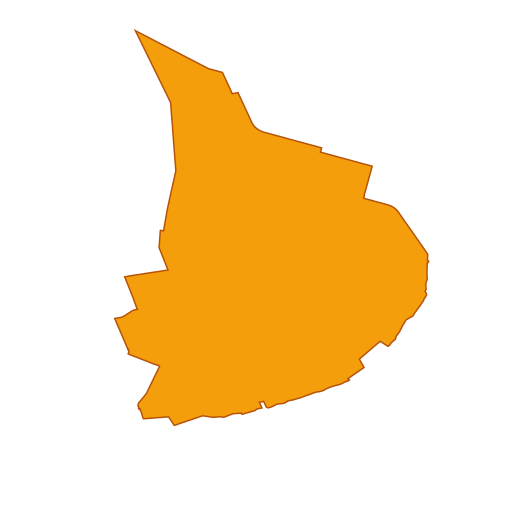 Dronten, Flevoland, Netherlands (Equal Earth projection), rotated 15°
{"feature_id": "6326949B76568763288837", "entity_name": "Dronten", "entity_type": "district", "adm_level": 2, "iso_a3": "NLD", "parent_name": "Netherlands", "parent_adm1": "Flevoland", "projection": "equal_earth", "projection_center": [5.68, 52.514], "detail": "fine", "context": "isolated", "style": "filled", "palette": "amber", "viewbox_px": 512, "rotation_deg": 15, "n_neighbors": 0, "source": "geoboundaries", "source_scale": "gbopen_adm2", "svg_char_len": 5122}
<svg xmlns="http://www.w3.org/2000/svg" viewBox="0 0 512 512"><g transform="rotate(15 256 256)"><path d="M189.3,442.4L192.7,441.2L205.2,436.8L213.2,434.0L217.6,437.9L220.9,440.8L223.6,439.0L227.4,436.4L232.7,432.9L236.6,430.3L245.7,424.2L252.7,423.3L256.6,422.9L262.4,420.7L266.7,420.1L268.2,419.0L274.6,414.3L282.5,411.6L283.4,412.6L286.7,410.6L290.0,408.6L295.0,405.6L296.5,403.5L301.1,401.2L297.1,396.4L301.0,394.5L305.0,399.2L307.0,399.6L310.1,397.7L312.2,395.9L314.1,393.9L320.5,391.4L323.4,389.1L323.5,388.5L325.5,387.1L329.3,385.3L331.1,384.1L336.0,381.2L340.1,378.2L343.9,375.7L346.6,373.7L350.2,371.4L351.0,371.3L354.4,369.5L356.3,368.1L358.4,366.0L359.7,364.9L362.3,363.0L367.2,360.0L368.7,359.3L371.3,357.6L373.4,355.7L373.9,355.1L376.9,353.1L378.4,351.6L376.5,350.7L386.0,339.5L389.2,335.7L382.5,328.8L384.2,326.4L386.8,322.6L391.4,315.8L396.0,309.2L398.1,306.2L406.9,309.1L408.1,307.6L409.2,304.7L412.2,300.2L412.1,297.5L414.3,291.8L415.8,284.7L417.5,278.8L423.1,273.3L423.6,271.6L423.7,270.9L425.1,267.3L426.6,263.4L429.2,256.2L429.6,253.7L430.8,249.8L430.5,248.4L428.4,246.2L429.0,244.0L428.2,242.2L427.0,237.8L427.5,234.4L425.6,228.6L425.3,227.4L423.4,219.3L423.2,218.3L424.2,217.5L424.0,216.2L423.9,216.2L423.7,216.1L423.4,215.9L422.7,216.0L421.4,209.8L412.8,202.5L394.9,187.5L382.1,176.7L381.6,176.3L381.1,175.9L380.6,175.6L380.1,175.2L379.9,175.1L379.6,175.0L379.5,174.9L379.4,174.8L379.2,174.8L379.1,174.7L378.9,174.6L378.6,174.5L378.5,174.4L378.4,174.3L378.2,174.3L378.1,174.2L377.9,174.1L377.7,174.0L377.4,173.9L377.2,173.9L376.8,173.7L376.6,173.6L376.4,173.6L376.2,173.5L376.0,173.4L375.8,173.4L375.7,173.3L375.4,173.2L375.2,173.2L374.8,173.1L374.6,173.1L374.3,173.0L374.0,172.9L373.8,172.9L373.5,172.8L373.2,172.8L372.8,172.7L372.7,172.7L372.4,172.7L372.2,172.7L371.9,172.6L371.7,172.6L371.4,172.6L371.2,172.6L370.9,172.6L370.7,172.5L370.4,172.5L370.2,172.5L345.0,172.4L345.0,169.8L344.8,169.8L345.0,139.2L334.1,139.2L320.2,139.1L314.6,139.1L308.9,139.1L291.4,139.0L291.4,134.6L270.1,134.5L269.2,134.5L263.3,134.5L257.5,134.5L253.6,134.4L251.6,134.4L246.5,134.4L232.6,134.4L231.9,134.4L231.6,134.4L231.3,134.4L231.0,134.4L230.6,134.3L230.2,134.3L229.9,134.3L229.7,134.3L229.2,134.2L228.6,134.1L228.3,134.1L228.0,134.0L227.6,133.9L227.3,133.8L227.0,133.8L226.7,133.7L226.4,133.6L226.2,133.6L225.8,133.5L225.4,133.3L224.8,133.1L224.5,133.0L224.2,132.9L223.9,132.8L223.5,132.6L223.2,132.5L222.9,132.3L222.4,132.1L222.0,131.9L221.8,131.7L221.5,131.6L221.4,131.5L221.1,131.3L220.8,131.2L220.5,131.0L220.3,130.8L220.0,130.6L219.8,130.4L219.5,130.2L219.3,130.0L219.1,129.8L218.9,129.6L218.6,129.4L218.4,129.2L218.2,129.0L218.0,128.8L217.8,128.6L217.6,128.4L217.4,128.1L217.2,127.9L216.9,127.6L210.7,120.0L207.5,116.3L204.4,112.5L201.2,108.7L198.1,105.0L196.3,102.8L191.1,105.4L176.1,87.4L161.3,87.3L81.2,69.6L133.8,129.9L138.0,141.9L141.9,152.8L142.6,155.0L144.9,161.4L146.3,165.5L146.4,165.8L147.5,168.8L151.7,180.9L155.1,190.4L156.4,194.1L156.6,195.4L157.3,212.6L158.2,232.7L159.2,244.5L160.2,255.7L157.0,255.9L157.0,256.1L160.2,273.0L167.4,282.6L174.6,292.3L174.4,292.4L172.1,293.4L168.3,295.1L164.5,296.8L160.7,298.4L149.3,303.5L145.5,305.1L141.7,306.8L137.9,308.5L138.0,308.5L134.5,310.1L137.0,313.3L139.4,316.6L141.7,319.6L141.9,320.0L144.0,322.7L147.3,327.2L147.6,327.6L148.0,328.1L148.5,328.8L149.0,329.5L150.3,331.5L151.5,333.1L152.6,334.7L154.3,337.1L154.4,337.3L154.6,337.5L154.9,337.8L155.0,337.9L155.3,338.2L154.8,338.4L154.1,338.7L153.3,339.1L152.8,339.4L152.4,339.6L152.0,339.9L151.6,340.1L151.4,340.3L151.2,340.5L150.9,340.7L150.6,341.0L150.2,341.4L149.9,341.7L149.5,342.2L149.2,342.6L147.7,344.2L145.2,347.0L144.9,347.4L144.6,347.6L144.4,347.9L144.1,348.2L143.9,348.4L143.6,348.7L143.3,348.9L143.1,349.1L142.8,349.3L142.2,349.7L141.9,349.9L141.6,350.1L141.2,350.3L140.9,350.5L140.5,350.7L140.1,350.9L138.7,351.5L135.7,352.9L136.0,353.3L136.2,353.7L136.5,353.9L139.9,358.3L140.4,358.9L140.6,359.2L141.2,360.0L142.1,361.0L142.8,361.9L148.1,368.7L155.3,377.8L155.9,378.6L156.3,378.6L156.9,379.2L156.5,379.4L156.6,379.5L157.4,380.4L157.5,380.6L157.7,380.8L157.8,381.1L157.9,381.4L158.0,381.7L158.0,382.0L158.0,382.3L157.9,382.6L157.8,383.5L158.0,383.7L161.9,384.2L167.5,384.8L168.6,384.9L168.8,384.9L169.0,385.0L169.3,385.0L169.6,385.0L170.2,385.1L175.8,385.7L184.5,386.7L186.2,386.9L186.6,386.9L187.0,387.0L187.4,387.0L187.9,387.0L188.8,387.0L190.2,387.0L190.9,387.0L191.0,387.0L191.3,386.9L191.5,386.8L191.5,386.7L191.3,388.2L191.3,388.3L191.2,388.5L191.1,389.0L189.7,396.4L189.0,399.9L188.4,403.2L188.0,405.4L187.9,405.7L186.8,411.4L186.6,412.7L186.3,414.0L186.2,414.5L186.1,415.2L186.0,415.9L185.8,416.6L185.6,417.3L185.4,417.9L185.2,418.3L185.0,418.8L184.7,419.5L184.4,420.2L183.5,422.2L181.9,425.7L180.8,428.0L180.7,428.4L180.6,428.8L180.5,429.2L180.5,429.5L180.5,429.9L180.5,430.3L180.6,430.7L180.7,431.0L180.9,431.3L181.1,431.7L181.3,432.0L181.5,432.2L181.8,432.5L182.1,432.8L182.4,433.0L182.8,433.3L182.2,433.8L183.1,434.5L183.8,434.0L184.0,434.4L184.3,434.7L184.5,434.9L184.5,435.0L184.9,435.6L187.0,438.8L189.3,442.4Z" fill="#f59e0b" stroke="#b45309" stroke-width="1.5"/></g></svg>